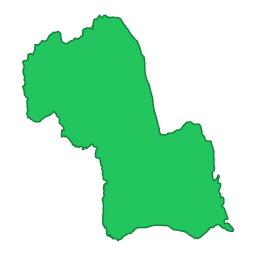 outline of Palora, Morona Santiago, Ecuador
{"feature_id": "8360857B98088290450398", "entity_name": "Palora", "entity_type": "district", "adm_level": 2, "iso_a3": "ECU", "parent_name": "Ecuador", "parent_adm1": "Morona Santiago", "projection": "equal_earth", "projection_center": [-78.165, -1.664], "detail": "fine", "context": "isolated", "style": "filled", "palette": "green", "viewbox_px": 256, "rotation_deg": 0, "n_neighbors": 0, "source": "geoboundaries", "source_scale": "gbopen_adm2", "svg_char_len": 5761}
<svg xmlns="http://www.w3.org/2000/svg" viewBox="0 0 256 256"><path d="M30.9,53.7L29.6,54.1L28.5,54.2L28.0,54.8L28.0,57.3L27.6,59.8L25.2,60.8L23.5,60.9L23.1,61.1L23.0,61.7L23.1,63.9L24.0,64.9L24.1,66.1L23.9,67.7L23.1,70.0L23.2,72.9L23.9,75.2L24.7,76.6L24.3,78.9L24.3,80.2L25.4,82.0L24.9,83.5L24.7,85.4L23.5,85.9L22.8,86.9L24.0,90.0L24.0,90.9L24.4,92.3L24.3,93.9L24.4,94.5L26.1,97.2L26.4,97.5L27.9,98.0L26.9,101.7L27.1,103.1L27.3,107.8L27.9,111.1L27.1,112.0L26.9,113.4L28.0,117.7L29.4,117.9L31.1,119.4L32.5,119.9L33.2,120.8L35.6,121.8L36.6,121.9L39.7,121.6L40.2,121.2L41.9,119.3L43.2,118.5L45.3,116.8L49.2,115.4L50.7,114.5L52.5,112.9L53.4,111.5L53.7,111.4L54.9,112.8L56.0,113.5L56.5,115.4L57.1,116.4L58.7,117.4L59.2,118.1L59.5,119.3L59.3,122.6L59.6,123.4L60.7,124.1L63.0,126.3L63.7,128.1L63.9,130.2L61.9,130.1L61.9,131.6L61.6,133.2L61.5,135.2L61.6,136.9L62.4,136.8L63.6,136.0L64.6,136.2L64.9,136.7L65.6,136.2L66.0,136.3L68.0,137.8L68.8,138.9L70.3,140.4L70.5,141.2L70.9,141.7L71.9,142.4L72.2,142.8L72.2,144.0L72.7,144.8L73.9,145.2L74.5,145.1L74.9,146.0L75.5,146.7L76.3,146.1L76.9,146.8L78.2,146.8L78.8,147.4L79.4,146.9L80.7,146.3L81.8,146.9L82.9,147.9L83.0,148.2L82.5,148.8L82.6,149.2L83.1,149.4L83.7,149.5L84.1,148.7L85.8,147.1L86.2,147.2L86.4,148.4L86.7,148.6L87.9,147.3L90.3,145.5L91.6,144.1L91.9,144.0L92.5,144.2L93.6,146.4L94.4,146.7L95.8,146.9L97.6,147.8L97.6,148.0L95.9,150.6L95.8,152.3L95.3,154.0L95.7,155.6L95.5,156.9L96.9,157.9L99.3,158.2L100.0,158.9L100.2,159.8L100.2,161.2L100.6,162.2L100.7,164.1L101.4,166.0L102.5,166.8L101.8,168.9L101.9,169.5L102.3,170.4L103.0,171.2L103.0,171.9L102.3,173.1L102.7,175.0L103.3,175.9L103.2,178.7L103.9,179.8L104.7,179.6L105.4,180.7L106.5,181.0L107.2,182.6L107.1,183.1L106.7,183.2L106.6,184.0L106.0,184.4L105.0,183.7L104.0,184.8L104.0,185.4L103.8,185.9L104.1,187.0L103.6,187.3L103.5,188.6L103.7,189.1L104.1,192.1L104.0,192.4L103.7,192.8L103.7,194.0L104.4,195.6L103.4,197.2L103.1,197.9L102.5,198.5L102.4,200.2L103.2,202.3L103.0,203.4L103.4,204.5L103.5,206.2L103.3,207.1L103.3,208.4L103.0,209.3L103.4,210.5L103.4,211.6L103.3,212.8L103.0,213.9L102.8,223.9L103.3,223.9L103.3,224.7L103.6,225.0L103.9,225.5L104.6,227.6L105.1,227.1L106.1,227.6L106.5,230.6L107.0,231.7L106.5,233.2L106.7,233.9L107.2,234.5L107.4,235.7L107.9,235.9L108.5,235.3L109.3,235.0L109.7,235.2L109.6,236.2L110.0,236.5L110.6,235.6L110.8,236.4L111.5,237.6L111.8,237.7L112.4,237.0L112.6,237.1L112.7,238.5L112.9,238.8L114.1,238.5L115.5,238.6L117.1,239.4L118.0,240.6L119.3,239.5L121.4,238.9L122.6,237.3L124.1,235.9L126.1,234.9L127.6,233.7L130.7,233.4L133.4,231.0L134.8,229.1L137.6,227.8L138.6,227.6L144.7,227.6L147.1,227.3L152.8,225.5L158.5,225.1L164.7,225.6L167.3,225.5L169.7,226.7L172.6,229.2L175.0,229.9L176.2,229.8L180.5,230.7L182.1,231.3L183.6,231.0L184.7,232.0L186.0,231.9L186.5,232.1L187.1,233.1L189.4,235.0L194.7,238.1L195.6,238.4L198.1,238.4L200.3,237.2L205.4,232.8L206.7,232.0L207.6,230.4L208.9,229.6L209.2,228.5L209.8,227.9L210.8,227.6L213.2,227.4L213.8,227.0L215.4,225.4L217.5,224.6L218.5,224.6L219.6,225.1L221.8,227.4L222.6,227.9L223.3,228.2L224.5,228.0L225.6,229.1L227.3,230.4L230.5,231.2L232.8,231.3L233.1,231.0L233.2,229.6L232.9,228.6L232.3,227.7L230.3,225.8L229.4,224.3L228.1,223.4L227.1,223.1L226.6,223.4L224.8,223.6L224.1,222.9L224.2,221.4L224.6,219.9L224.9,219.3L225.6,219.0L226.5,219.4L227.3,219.4L227.8,218.8L227.7,218.0L224.3,208.7L223.7,207.7L223.0,207.0L222.2,206.6L222.0,205.9L222.5,204.9L223.7,203.5L223.8,202.7L223.9,199.2L222.9,197.3L222.1,197.1L220.9,197.6L220.7,197.3L220.5,196.9L220.5,193.7L220.2,193.4L219.6,193.3L219.4,193.1L218.9,191.9L218.9,190.4L220.3,186.9L220.6,184.7L220.6,183.7L220.4,183.5L218.1,183.2L217.9,182.6L218.0,180.4L218.9,177.7L219.1,176.8L219.0,175.8L218.5,175.2L217.9,175.5L217.6,176.8L217.1,177.7L216.2,178.9L214.6,180.4L213.8,180.5L213.0,179.4L212.5,176.1L212.2,172.7L214.2,170.3L214.4,168.7L213.8,162.1L214.0,159.1L213.6,154.3L213.9,151.5L213.2,149.2L212.9,147.7L211.5,144.2L211.3,141.6L210.7,141.1L208.3,141.3L207.1,141.1L206.1,140.6L205.0,139.5L204.6,137.1L204.0,136.1L202.7,135.2L202.2,134.2L202.0,133.6L201.8,131.2L200.6,126.4L199.9,125.0L198.5,124.1L194.8,124.3L193.9,124.2L192.8,123.6L190.8,122.0L187.9,122.1L186.6,122.6L184.0,124.9L181.2,128.7L180.3,129.6L176.6,130.3L171.9,133.2L170.6,133.3L169.5,133.1L168.2,133.3L167.1,134.3L164.8,135.0L162.8,134.5L161.0,134.7L160.2,133.9L159.7,131.9L159.0,130.7L159.3,129.2L157.3,122.0L156.8,119.4L154.2,110.4L153.6,107.6L152.9,102.7L152.6,98.6L149.9,88.3L149.5,86.0L149.0,84.3L148.0,82.6L146.8,79.7L146.0,77.3L145.1,72.5L144.8,68.0L144.8,63.3L144.0,56.9L142.0,55.0L141.5,54.0L140.5,50.5L139.7,47.1L138.2,43.9L137.5,41.6L136.8,40.7L135.1,39.6L134.0,37.8L132.0,36.0L131.5,34.9L130.2,33.5L129.9,32.6L128.0,29.6L126.5,27.9L122.4,22.0L121.0,19.4L120.7,19.1L118.8,17.9L114.3,17.3L112.2,17.2L109.4,17.8L108.4,16.9L108.1,16.8L107.5,17.5L107.2,17.6L106.9,17.4L106.0,15.5L105.6,15.4L104.0,15.4L103.7,15.6L103.0,16.8L102.1,17.6L101.4,17.7L100.3,16.0L99.7,15.8L99.7,15.5L99.1,15.7L98.6,16.6L96.5,19.2L94.4,19.2L94.2,19.5L93.9,20.6L93.9,21.3L93.2,23.6L93.3,25.6L92.7,26.1L92.4,25.9L92.0,26.9L93.1,27.8L93.0,28.3L92.5,29.2L89.5,27.8L88.2,28.4L87.0,27.9L86.4,28.3L84.5,28.8L83.0,30.0L83.1,30.6L82.8,31.8L82.9,33.2L82.7,33.7L83.0,35.2L82.5,35.7L81.0,36.3L80.3,37.3L78.7,38.4L78.3,39.0L77.8,38.7L76.7,39.1L75.1,38.3L74.8,38.3L73.2,40.0L72.5,40.6L70.9,40.8L70.4,41.3L69.0,41.8L68.1,43.2L67.9,43.1L66.3,43.8L65.7,43.7L62.7,42.2L61.9,41.6L61.3,40.4L61.1,37.8L60.9,37.0L60.6,36.6L60.5,35.2L60.7,34.0L60.6,33.3L60.0,33.0L59.3,32.2L58.1,31.5L55.3,32.6L54.2,32.2L53.2,32.4L51.5,34.3L50.4,34.7L49.1,36.0L47.3,39.7L46.4,40.5L44.4,41.4L42.2,40.6L39.3,44.2L39.0,44.9L35.1,44.7L34.8,50.2L33.4,53.1L33.5,54.6L32.9,54.6L30.9,53.7Z" fill="#22c55e" stroke="#15803d" stroke-width="1.5"/></svg>